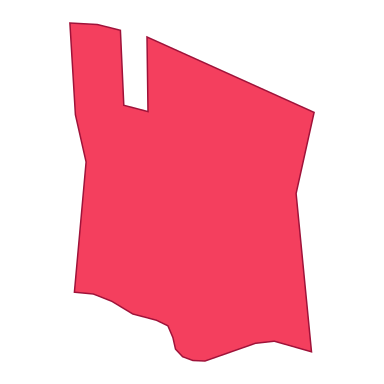 the border of Tuamasaga
{"feature_id": "WSM-4984", "entity_name": "Tuamasaga", "entity_type": "state/province", "adm_level": 1, "iso_a3": "WSM", "parent_name": "Samoa", "parent_adm1": "", "projection": "natural_earth1", "projection_center": [-171.78, -13.929], "detail": "fine", "context": "isolated", "style": "filled", "palette": "rose", "viewbox_px": 384, "rotation_deg": 0, "n_neighbors": 0, "source": "natural_earth", "source_scale": "10m", "svg_char_len": 432}
<svg xmlns="http://www.w3.org/2000/svg" viewBox="0 0 384 384"><path d="M147.0,37.0L314.1,112.4L296.1,193.5L311.5,351.8L274.3,341.2L255.4,343.3L205.0,361.0L192.9,360.5L182.6,356.7L175.5,349.1L172.9,337.5L167.9,325.8L156.3,320.2L132.8,314.0L111.8,301.3L93.3,294.0L74.4,292.2L81.6,212.2L86.1,162.0L75.4,114.7L69.9,23.0L97.3,24.5L120.4,30.3L123.8,105.3L148.0,111.6L147.0,37.0Z" fill="#f43f5e" stroke="#9f1239" stroke-width="1.5"/></svg>